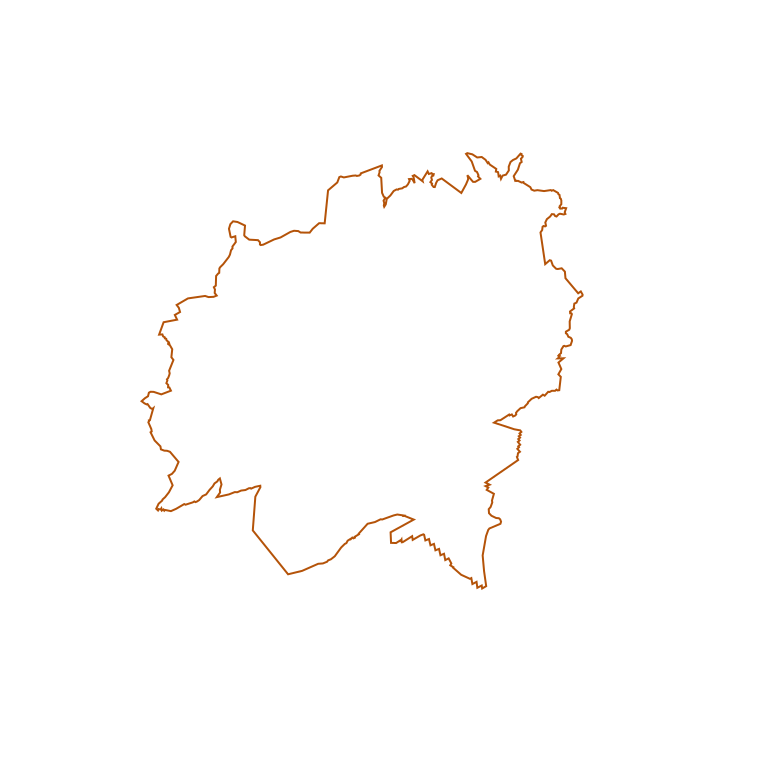 outline of Zautla, Puebla, Mexico, rotated 51°
{"feature_id": "50627088B17809013633948", "entity_name": "Zautla", "entity_type": "district", "adm_level": 2, "iso_a3": "MEX", "parent_name": "Mexico", "parent_adm1": "Puebla", "projection": "equal_earth", "projection_center": [-97.698, 19.714], "detail": "fine", "context": "isolated", "style": "outline", "palette": "amber", "viewbox_px": 768, "rotation_deg": 51, "n_neighbors": 0, "source": "geoboundaries", "source_scale": "gbopen_adm2", "svg_char_len": 6153}
<svg xmlns="http://www.w3.org/2000/svg" viewBox="0 0 768 768"><g transform="rotate(51 384 384)"><path d="M524.6,451.0L525.6,448.0L526.4,447.7L531.6,450.3L532.8,446.6L538.6,449.4L539.7,445.8L545.6,448.7L546.8,445.0L552.6,447.9L553.7,444.2L559.4,447.2L560.2,443.5L565.8,444.6L566.6,446.6L570.0,445.4L570.2,445.9L580.8,444.1L589.5,439.8L589.8,438.3L595.1,441.2L596.0,436.6L601.1,439.7L602.1,434.9L604.7,436.4L605.4,431.8L592.4,424.0L579.3,415.2L566.4,400.4L563.0,394.8L562.6,393.0L565.9,381.5L564.7,379.7L562.3,378.9L560.6,379.2L558.7,381.2L554.0,383.4L550.5,383.7L547.2,381.4L546.7,378.6L544.2,374.4L542.5,373.4L538.5,367.7L530.9,370.8L530.1,368.1L527.3,369.3L528.7,365.3L524.5,367.1L527.5,327.6L524.3,326.6L524.2,325.7L522.1,323.4L522.2,321.0L518.3,321.2L518.1,318.9L516.9,318.9L516.9,316.4L513.2,316.4L513.2,314.2L511.3,314.3L511.3,312.0L509.4,312.1L509.6,309.8L507.7,309.8L507.7,307.4L505.8,307.3L501.1,311.3L483.3,322.8L483.8,318.5L485.4,316.3L486.5,306.0L487.4,306.2L488.1,303.8L490.5,304.1L491.1,301.8L490.8,300.3L489.5,299.6L489.0,297.6L488.7,293.1L490.5,289.5L490.0,288.4L489.5,284.3L488.8,283.7L488.4,278.6L489.6,273.9L491.0,272.7L492.3,272.6L492.3,267.2L494.2,266.5L493.4,261.3L494.4,260.4L494.9,257.9L497.0,255.2L496.9,253.5L498.2,253.2L499.1,251.7L489.7,242.1L486.2,242.4L484.0,236.8L477.1,234.9L477.0,228.3L473.5,232.8L473.5,231.2L472.0,230.8L472.7,229.6L471.5,229.5L471.4,227.0L468.8,224.5L467.5,220.7L467.8,219.9L469.2,219.1L471.2,214.5L468.8,210.7L467.4,209.9L465.6,209.8L463.3,211.0L460.6,210.3L459.0,210.7L457.8,209.7L458.4,205.9L457.6,204.5L452.2,200.3L447.9,194.0L446.9,193.9L446.2,194.8L444.7,193.8L444.9,188.6L443.7,188.1L441.3,185.5L441.9,183.2L439.8,179.2L440.3,174.2L439.5,173.4L435.9,172.8L435.7,176.0L416.0,176.4L410.5,172.7L405.9,173.1L404.0,176.6L402.8,177.7L398.1,178.2L393.3,176.5L392.1,177.3L392.3,183.3L364.7,167.0L363.9,164.2L361.6,161.8L361.6,160.6L362.9,159.6L363.0,158.5L360.0,157.0L358.4,153.7L358.4,149.5L357.6,146.7L359.1,145.1L361.2,145.3L362.4,144.5L362.0,141.6L362.4,140.1L365.4,137.6L366.0,136.0L364.3,135.5L362.0,131.8L359.5,134.2L359.8,135.0L358.6,136.7L357.2,136.6L357.1,135.8L356.4,135.6L355.9,133.1L353.0,130.7L351.2,130.0L350.3,130.3L347.5,128.6L346.3,129.0L345.0,128.5L339.8,130.5L339.3,132.1L338.3,132.3L334.8,138.2L329.9,142.8L328.3,145.6L325.7,147.0L323.1,146.4L315.5,149.0L314.8,148.6L314.0,150.3L310.5,152.0L309.4,153.5L308.7,153.5L308.6,154.1L304.1,152.4L301.7,145.1L298.0,139.4L298.1,137.3L295.1,135.8L294.8,133.5L294.2,132.7L292.4,133.1L291.8,132.4L290.9,132.9L292.0,139.2L291.1,142.8L291.1,146.0L293.6,150.3L296.6,152.6L298.1,157.4L296.7,160.7L298.2,164.0L295.1,162.6L294.8,164.2L291.3,162.1L291.6,161.6L289.3,163.4L287.5,161.4L280.0,163.7L277.5,163.3L277.6,164.4L273.7,164.0L269.1,165.2L266.6,169.0L261.1,170.8L257.0,174.0L256.8,175.4L266.3,175.8L275.6,179.1L277.8,178.3L281.2,179.2L281.8,180.3L285.2,180.0L284.3,185.9L282.9,187.6L274.2,187.8L277.2,189.2L278.1,190.2L280.5,194.7L284.2,203.7L260.6,209.8L259.4,214.1L260.4,216.7L262.9,220.6L262.1,221.5L259.2,221.5L258.5,220.5L256.3,220.9L255.6,218.3L253.4,217.4L252.6,216.0L253.1,214.5L252.2,213.3L251.2,214.4L250.1,214.3L249.0,217.0L246.2,216.3L249.5,225.8L250.8,226.4L240.8,228.9L240.4,230.7L242.0,230.9L247.2,233.8L243.0,233.1L241.9,233.5L240.5,235.6L242.3,236.2L243.9,239.8L244.4,242.5L243.5,244.6L243.4,246.7L241.7,249.8L241.8,250.8L240.7,251.8L240.1,255.0L241.5,260.4L241.9,265.4L245.5,269.6L246.4,272.3L245.3,271.9L243.5,269.9L241.3,269.0L240.0,265.7L238.3,266.3L234.2,265.2L222.0,256.4L218.5,257.0L216.7,254.2L215.5,253.4L214.1,249.0L212.8,248.1L205.7,269.5L206.5,270.4L206.4,272.0L205.2,274.2L204.2,274.7L202.4,277.3L198.2,285.2L195.6,286.9L195.1,288.5L198.0,293.5L198.3,305.6L221.8,329.0L218.2,333.2L218.5,341.7L219.6,346.5L213.8,353.5L211.2,354.4L208.3,357.5L206.9,361.1L205.0,372.2L202.5,378.4L199.7,390.2L198.4,392.4L197.5,392.6L195.8,391.2L192.9,391.4L187.0,397.9L181.6,399.2L180.4,399.0L173.4,392.3L165.9,395.9L162.6,398.9L163.1,402.8L165.8,406.8L173.1,410.6L174.1,410.3L175.6,406.6L180.4,409.8L181.8,415.3L183.3,416.4L183.8,418.7L186.5,422.3L187.6,424.7L189.7,433.6L190.1,437.7L190.6,439.2L193.9,442.1L193.8,443.5L194.4,446.5L201.7,452.8L201.7,455.3L204.2,455.9L206.7,458.3L210.0,458.4L209.0,461.6L206.0,465.7L203.0,467.6L194.1,482.5L192.1,495.4L195.7,495.5L199.7,497.2L198.7,503.1L203.8,504.3L197.3,516.4L204.1,527.7L206.0,525.0L208.0,525.7L209.8,525.0L210.6,525.6L211.8,524.8L213.2,525.5L216.2,524.9L217.8,525.6L216.4,525.9L217.0,526.6L219.2,526.0L223.7,526.7L229.4,532.4L232.8,532.5L238.5,542.7L240.8,543.8L242.0,545.4L243.5,548.0L243.8,549.8L244.9,550.1L246.4,552.6L248.9,552.3L250.7,553.9L251.6,553.0L255.1,553.8L251.9,563.6L245.1,568.0L243.1,570.4L242.8,572.2L245.0,575.1L244.6,578.7L244.8,583.2L248.4,582.3L250.5,581.3L250.8,580.4L255.6,580.7L257.6,579.8L257.6,578.5L264.8,588.7L264.3,589.6L265.1,590.1L265.4,591.2L272.6,593.2L274.7,594.4L274.6,595.8L283.5,597.8L291.8,597.0L294.4,598.5L297.5,596.7L299.4,594.6L302.0,593.0L315.3,592.7L319.7,601.2L320.4,605.4L319.6,609.1L329.7,612.0L332.8,619.3L334.2,625.3L334.4,628.9L335.0,629.7L335.2,634.5L337.6,639.5L340.0,639.2L339.3,637.9L340.9,636.7L340.5,635.3L342.5,636.3L342.7,634.3L344.2,634.5L344.1,633.4L348.7,629.6L350.2,624.0L351.6,614.8L352.9,614.2L355.7,607.0L355.9,605.3L357.1,604.9L357.6,603.5L357.9,600.7L356.9,595.5L357.9,591.7L356.5,586.2L355.8,581.5L354.6,578.3L354.8,574.8L354.1,573.1L354.1,571.0L359.8,573.5L362.9,578.1L365.2,579.7L366.7,585.1L372.2,574.0L374.1,568.0L375.8,566.1L376.9,562.1L379.2,558.4L380.0,554.6L381.0,553.2L381.7,553.1L382.8,548.9L385.2,544.2L386.4,545.0L390.6,554.9L415.2,578.1L471.5,578.3L477.7,565.2L482.3,548.3L485.0,544.4L486.3,540.1L485.9,538.4L486.8,535.6L486.9,530.7L484.1,520.2L483.6,515.1L484.0,513.4L482.9,510.9L483.3,507.5L483.7,507.5L483.4,505.3L484.7,504.9L485.1,503.3L484.3,503.0L485.0,498.0L484.4,497.9L482.3,484.7L485.6,477.9L487.0,471.8L488.2,470.6L492.2,459.2L493.8,455.8L498.3,451.7L498.1,452.9L499.5,451.0L508.1,446.2L503.4,472.2L511.9,478.5L515.2,474.7L515.7,470.3L516.0,470.6L516.4,469.7L515.9,468.3L518.2,469.8L518.7,469.0L520.0,457.9L523.2,459.8L524.6,451.0Z" fill="none" stroke="#b45309" stroke-width="2"/></g></svg>